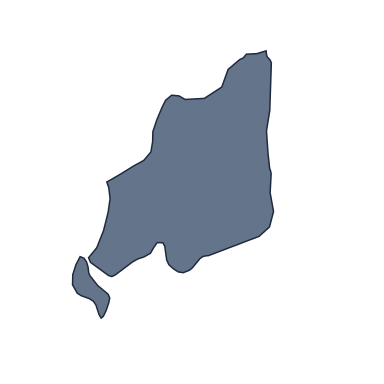 map outline of La Altagracia (Equal Earth projection), rotated 42°
{"feature_id": "DOM-1987", "entity_name": "La Altagracia", "entity_type": "Province", "adm_level": 1, "iso_a3": "DOM", "parent_name": "Dominican Republic", "parent_adm1": "", "projection": "equal_earth", "projection_center": [-68.677, 18.544], "detail": "fine", "context": "isolated", "style": "filled", "palette": "slate", "viewbox_px": 384, "rotation_deg": 42, "n_neighbors": 0, "source": "natural_earth", "source_scale": "10m", "svg_char_len": 1213}
<svg xmlns="http://www.w3.org/2000/svg" viewBox="0 0 384 384"><g transform="rotate(42 192 192)"><path d="M152.6,37.5L154.8,39.5L157.2,41.2L161.9,41.7L164.6,43.0L195.2,79.3L206.5,96.8L222.4,112.2L233.8,122.4L237.0,124.2L238.7,125.6L250.6,140.3L265.7,152.0L273.0,166.2L271.5,180.1L246.8,228.3L245.0,230.2L243.3,232.6L242.5,236.0L243.0,248.3L242.5,251.8L239.5,257.8L235.2,260.6L229.7,261.5L223.4,261.5L218.6,259.4L208.1,250.6L204.3,249.2L200.0,252.9L200.7,258.6L202.1,265.3L199.8,272.3L196.6,277.8L194.5,284.2L190.5,304.8L189.0,308.5L186.0,309.9L163.7,312.2L159.1,310.1L158.5,297.1L152.1,279.9L143.3,263.3L135.6,251.8L127.3,244.5L122.0,241.6L126.7,227.2L131.4,211.1L135.0,200.8L134.7,189.8L129.1,181.0L122.5,173.3L117.4,161.5L113.0,148.8L111.0,141.4L112.1,133.7L118.0,129.3L125.0,127.8L138.5,114.2L143.9,94.1L136.8,76.7L138.8,61.8L140.4,58.0L140.2,53.2L147.7,45.7L152.6,37.5ZM184.5,324.6L198.2,324.1L201.8,325.8L204.4,330.3L207.4,337.3L209.3,343.7L208.9,346.5L204.9,345.3L196.3,340.3L191.9,339.2L187.2,339.9L179.0,343.2L174.5,344.0L165.3,340.9L158.7,333.2L154.4,323.7L152.1,314.9L156.0,313.5L160.6,314.6L165.2,317.5L169.2,321.1L172.2,322.5L184.5,324.6Z" fill="#64748b" stroke="#1e293b" stroke-width="1.5"/></g></svg>